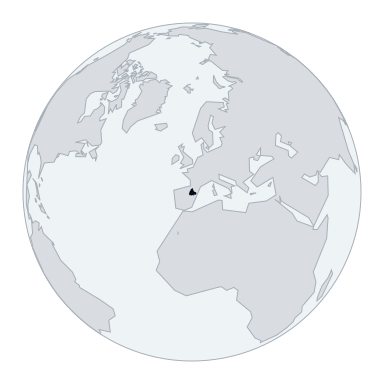 Zaragoza on an orthographic globe, rotated 352°
{"feature_id": "ESP-5853", "entity_name": "Zaragoza", "entity_type": "Autonomous Community", "adm_level": 1, "iso_a3": "ESP", "parent_name": "Spain", "parent_adm1": "", "projection": "orthographic", "projection_center": [-1.121, 41.843], "detail": "fine", "context": "on_globe", "style": "filled", "palette": "ink", "viewbox_px": 384, "rotation_deg": 352, "n_neighbors": 0, "source": "natural_earth", "source_scale": "10m", "svg_char_len": 11222}
<svg xmlns="http://www.w3.org/2000/svg" viewBox="0 0 384 384"><g transform="rotate(352 192 192)"><circle cx="192" cy="192" r="169" fill="#eef3f6" stroke="#a8b0b8"/><path d="M45.1,275.6L43.5,272.5L40.1,265.8L34.2,252.3L26.5,224.7L26.5,220.0L25.7,214.3L28.4,210.7L29.1,198.8L28.5,194.8L27.0,196.0L26.3,180.9L27.9,170.0L35.3,129.5L38.1,122.8L41.5,116.5L60.5,87.2L44.6,109.9L48.8,102.5L55.3,93.0L64.9,81.7L71.0,74.8L84.3,63.4L98.1,56.6L93.9,59.7L97.7,58.1L103.3,54.3L106.0,52.3L126.7,44.6L146.0,36.6L149.5,33.6L150.8,34.9L155.6,29.5L164.3,26.7L156.0,30.3L156.4,31.1L163.2,29.1L165.0,29.6L169.4,29.0L171.0,29.9L166.0,32.4L167.0,33.1L171.7,31.7L176.3,32.1L169.2,33.9L176.5,34.7L169.6,40.0L149.3,45.7L146.9,50.7L130.1,62.6L133.2,62.7L128.8,67.9L130.7,70.1L127.0,72.1L131.7,72.2L134.7,70.1L137.8,69.5L139.2,70.7L134.7,73.3L133.4,73.1L132.8,74.5L130.0,75.3L132.2,75.6L126.7,78.8L134.2,77.6L131.4,81.8L127.2,83.5L125.1,80.7L109.9,79.0L105.0,80.6L100.2,85.1L96.6,98.6L92.2,101.6L88.2,107.6L91.7,106.9L96.2,102.1L101.8,102.6L106.6,97.1L109.6,96.6L115.5,92.3L117.4,95.9L115.9,101.9L111.1,105.8L110.4,108.7L117.2,107.5L110.3,117.8L109.6,130.1L107.5,132.7L99.5,132.5L93.8,125.4L83.4,126.6L92.9,129.0L87.6,136.1L87.8,138.7L89.7,140.4L92.8,139.1L91.6,142.3L81.7,140.8L82.7,137.8L85.8,138.2L83.1,135.1L76.4,134.8L74.2,138.8L66.4,135.3L64.8,138.2L62.1,139.4L65.3,134.8L59.5,143.2L49.9,142.7L41.8,157.4L46.8,141.8L46.8,136.3L46.0,131.4L44.5,133.6L45.4,125.0L42.9,123.2L36.9,131.7L32.6,142.5L32.1,150.7L34.3,148.4L35.2,153.2L29.6,161.7L30.5,173.4L27.6,181.8L27.1,189.6L28.8,193.2L30.1,200.6L32.8,198.7L36.3,201.4L34.7,209.2L38.0,205.3L39.0,212.1L47.1,222.7L46.1,223.6L52.6,241.5L62.5,254.7L64.8,262.3L63.4,264.6L67.4,268.7L67.5,270.9L86.1,286.0L97.7,296.9L98.7,304.0L91.7,307.5L91.6,319.3L80.8,315.3L82.2,318.9L81.1,319.5L70.8,309.7L61.3,299.0L52.7,287.6L45.1,275.6ZM39.2,161.5L40.4,179.2L37.4,173.8L38.4,173.7L38.6,168.2L38.1,160.4L36.1,156.3L39.2,161.5ZM45.0,158.9L44.5,156.4L45.3,158.3L45.0,158.9ZM106.9,51.4L103.2,54.2L97.5,57.7L100.4,55.2L106.9,51.4ZM118.1,45.8L116.8,47.0L112.7,48.1L114.7,47.0L118.1,45.8ZM151.5,31.6L148.1,32.9L150.8,31.5L151.5,31.6ZM169.7,28.8L170.1,28.4L172.2,28.4L169.7,28.8ZM114.1,90.7L114.8,91.5L113.3,91.9L114.1,90.7ZM116.0,88.2L113.9,88.1L114.5,86.9L115.8,87.0L116.0,88.2ZM176.6,29.7L179.8,30.0L175.7,30.1L176.6,29.7ZM118.6,88.7L115.8,84.8L116.9,82.7L122.9,81.5L118.6,88.7ZM181.2,30.4L189.1,31.3L190.6,30.3L190.8,34.1L184.0,31.8L178.6,32.0L181.5,31.2L181.2,30.4ZM135.0,68.9L131.9,71.2L133.2,68.2L135.0,68.9ZM135.1,67.1L134.8,59.3L140.1,56.7L139.1,59.7L144.9,55.7L147.7,58.2L145.1,61.0L141.2,62.1L145.2,62.3L135.1,67.1ZM189.7,36.2L190.8,36.9L188.6,36.7L189.7,36.2ZM139.1,69.1L138.5,67.6L143.1,65.2L145.0,67.7L142.9,67.7L139.1,69.1ZM145.1,53.5L148.8,52.4L152.1,54.0L154.0,53.9L148.2,58.1L145.1,53.5ZM142.6,68.8L145.9,69.1L145.0,71.4L139.9,70.4L142.6,68.8ZM143.5,63.6L145.7,62.6L145.1,63.9L143.5,63.6ZM143.8,80.3L143.0,78.3L145.3,76.8L143.8,80.3ZM147.2,69.1L147.5,68.3L148.3,67.5L150.2,68.2L147.2,69.1ZM150.9,59.1L151.5,60.1L153.5,57.4L156.0,58.8L151.7,61.4L154.6,60.9L155.4,61.3L151.0,63.0L150.9,59.1ZM154.6,66.8L150.0,71.0L150.9,74.8L148.9,76.2L147.8,69.8L154.6,66.8ZM152.9,64.4L153.5,66.2L150.7,66.8L148.5,66.0L152.9,64.4ZM159.3,58.8L156.5,56.0L157.5,55.6L159.3,58.8ZM155.5,67.8L156.5,66.8L155.9,68.0L155.5,67.8ZM158.7,61.4L157.6,60.4L158.8,59.9L158.7,61.4ZM159.7,65.7L158.2,66.9L156.6,66.4L159.7,65.7ZM159.7,63.6L161.6,63.1L157.0,65.4L159.0,63.2L159.7,63.6ZM160.0,61.0L160.4,60.4L160.3,61.5L160.0,61.0ZM166.3,67.2L160.9,70.2L157.5,68.9L163.3,66.1L166.3,67.2ZM301.8,63.6L302.5,64.1L298.5,61.0L299.8,62.4L296.8,60.2L303.3,66.2L299.3,63.4L306.3,69.9L308.1,70.7L303.9,66.1L311.7,73.4L312.5,73.6L313.1,74.1L323.0,85.3L331.9,97.2L339.7,109.9L339.8,110.2L344.1,118.4L344.6,119.4L353.1,141.2L353.2,141.5L354.3,145.1L355.6,149.6L355.1,148.1L352.0,139.8L353.7,147.2L351.8,142.5L347.6,138.7L349.1,149.4L352.7,173.6L356.2,186.8L356.1,196.5L348.6,186.0L343.1,175.5L341.8,180.4L333.0,176.9L321.8,190.4L319.0,188.3L317.1,192.5L310.7,193.6L305.9,189.8L302.6,193.0L315.1,202.8L318.5,199.4L319.6,190.3L322.6,194.8L328.6,194.9L326.4,214.3L307.8,242.8L303.9,233.6L279.1,213.5L278.7,209.7L278.5,209.3L278.1,208.7L277.9,215.3L273.0,210.8L288.4,227.2L291.9,235.3L307.5,243.6L306.6,246.0L311.0,246.6L322.6,233.3L323.1,236.7L318.9,256.7L301.0,287.9L302.2,298.3L298.9,308.4L285.2,320.5L283.9,326.0L276.4,331.1L274.3,334.4L266.9,339.6L255.4,345.7L238.7,350.6L239.6,348.6L234.3,345.6L227.8,333.4L234.1,324.9L233.4,318.7L221.1,305.4L223.9,295.8L220.1,292.3L212.6,294.2L207.9,289.8L203.2,290.1L171.9,294.0L161.2,287.0L145.6,264.5L150.4,256.3L149.2,245.7L180.5,209.6L189.5,211.6L216.8,203.7L220.6,204.5L219.9,213.8L242.4,219.9L246.7,211.1L264.6,211.2L274.9,206.5L274.1,188.8L257.2,196.1L251.8,189.3L263.3,176.6L277.7,170.6L276.1,167.8L264.9,165.3L266.1,157.9L260.8,164.0L264.5,166.0L261.3,170.0L257.7,168.5L258.2,165.8L253.3,166.4L251.9,179.6L255.6,183.0L243.9,189.4L248.9,195.9L246.5,200.4L237.2,191.2L236.5,187.0L221.1,178.1L220.8,183.1L235.3,191.9L231.7,191.9L231.4,199.4L228.8,193.7L213.0,183.3L201.1,188.1L189.6,207.2L181.8,209.1L173.7,205.8L174.2,187.7L191.4,185.6L191.9,179.7L185.2,171.7L191.0,172.0L190.5,168.7L196.6,167.6L202.3,158.7L208.1,156.9L207.4,146.6L210.3,144.5L209.9,151.1L212.7,154.9L226.9,150.9L228.7,148.1L227.1,141.9L231.2,141.9L227.8,136.4L234.5,131.6L223.5,133.2L221.4,126.6L223.7,120.3L221.1,118.5L217.1,128.9L217.4,132.9L220.7,135.8L219.5,147.6L215.3,150.6L209.1,139.7L202.4,142.9L200.5,133.6L212.2,110.3L218.7,104.6L235.5,107.8L235.7,112.4L229.8,113.4L238.0,118.1L236.0,115.0L239.4,115.1L238.2,109.4L240.5,109.2L235.3,104.2L238.1,103.4L241.3,106.6L241.8,98.0L246.7,95.3L245.7,93.4L243.2,92.3L251.1,89.9L250.0,88.6L247.0,88.9L242.9,86.8L238.6,82.3L241.6,81.7L243.5,83.2L252.0,85.8L256.7,90.4L257.5,89.8L254.1,85.7L243.7,82.4L240.3,79.9L245.3,80.8L243.2,80.2L242.5,78.8L244.5,77.0L239.1,75.8L226.7,62.6L229.4,58.2L235.1,60.1L229.6,51.6L233.1,48.1L230.3,48.3L225.8,44.8L224.6,45.8L223.0,45.7L210.8,38.3L210.3,36.5L201.9,34.3L200.5,34.5L200.4,35.7L190.8,34.1L190.6,30.3L193.9,30.0L191.5,28.2L199.3,27.9L204.6,27.2L214.4,28.6L217.8,28.2L216.5,27.6L220.0,26.9L232.0,28.5L228.1,29.8L211.4,30.0L218.7,29.9L218.8,30.9L222.5,31.5L227.5,31.7L227.0,31.1L243.9,37.6L259.5,42.2L254.2,38.7L255.0,37.7L268.0,41.9L293.4,57.4L294.8,57.9L296.3,59.0L301.8,63.6ZM172.5,229.2L172.4,232.5L172.5,229.2ZM295.1,172.3L302.3,167.3L295.4,159.7L297.6,157.3L294.5,155.7L294.9,159.2L286.6,154.4L288.4,149.0L285.7,145.3L283.1,146.8L281.1,157.5L292.9,164.2L292.8,169.6L295.1,172.3ZM47.4,222.9L48.2,225.7L46.8,224.0L47.4,222.9ZM35.8,176.0L36.6,178.5L36.6,181.0L35.8,179.5L35.8,176.0ZM45.7,195.5L47.2,198.8L45.1,196.7L45.7,195.5ZM40.9,181.7L44.4,193.2L40.4,190.2L38.4,183.1L40.5,186.1L40.9,181.7ZM42.1,162.2L42.4,164.2L41.5,165.2L42.1,162.2ZM45.5,160.2L45.2,159.8L45.6,157.9L45.5,160.2ZM88.1,136.1L88.9,136.4L90.3,138.6L88.5,138.6L88.1,136.1ZM103.0,143.0L100.7,148.1L101.1,144.3L98.2,145.1L95.6,138.3L106.4,133.7L102.0,136.9L103.0,143.0ZM95.1,128.5L95.6,133.0L94.6,128.3L95.1,128.5ZM181.1,152.8L184.2,154.6L183.3,158.6L175.9,161.9L177.2,156.0L181.1,152.8ZM188.8,156.4L184.7,145.3L189.1,143.2L187.3,146.2L190.7,145.9L188.7,150.7L197.0,160.0L196.7,164.2L183.2,167.3L187.8,163.8L184.5,162.0L188.8,156.4ZM166.2,124.1L164.5,120.1L176.4,120.4L176.6,124.1L169.3,127.3L164.6,124.9L166.2,124.1ZM129.7,87.6L128.2,86.8L129.5,85.9L131.7,86.0L129.7,87.6ZM143.2,79.5L137.2,90.7L135.3,90.2L134.1,97.9L128.5,99.7L129.4,94.6L124.2,101.9L122.9,98.1L119.9,103.3L122.6,91.7L121.2,88.8L124.9,91.3L130.1,89.7L131.9,88.1L136.0,81.7L135.4,75.0L140.5,72.7L144.2,72.8L145.1,74.0L141.5,75.1L145.3,76.0L140.8,78.5L143.2,79.5ZM184.8,80.6L180.3,80.4L187.1,84.3L182.7,86.2L183.7,86.5L181.5,89.4L180.7,93.6L178.3,93.9L179.0,95.5L177.5,97.5L177.7,99.8L173.5,101.4L173.3,104.3L171.4,103.4L172.3,108.2L169.8,105.4L167.6,108.0L171.2,109.3L148.1,114.0L140.4,118.8L135.4,124.5L131.7,119.4L134.1,111.1L139.8,102.4L147.7,98.8L144.6,97.3L147.5,95.3L148.8,97.3L148.6,93.0L151.3,91.9L156.4,85.3L154.4,80.3L156.2,77.9L158.4,79.3L158.7,76.0L163.9,77.2L165.3,75.6L171.9,75.4L175.2,79.3L176.5,77.3L181.6,77.2L184.8,80.6ZM168.2,67.3L173.1,71.2L173.1,74.2L161.7,73.4L159.6,74.7L152.3,74.7L152.5,70.4L154.6,70.7L156.6,70.1L155.8,71.7L158.0,70.0L160.9,70.5L163.5,69.3L164.4,70.9L168.2,67.3ZM223.5,200.4L226.1,200.3L230.0,198.9L229.9,203.8L223.5,200.4ZM212.6,193.5L214.8,192.5L216.5,198.3L213.7,198.7L212.6,193.5ZM214.5,187.2L214.8,192.0L213.0,189.6L214.5,187.2ZM211.8,149.9L214.0,148.6L214.8,150.0L214.3,152.4L211.8,149.9ZM204.1,93.9L201.5,93.0L201.8,92.0L198.1,88.0L201.1,86.5L204.5,88.4L204.1,93.9ZM272.1,193.0L270.0,197.4L268.0,196.6L269.2,195.2L272.1,193.0ZM249.6,201.6L255.4,201.8L249.5,202.9L249.6,201.6ZM206.7,91.6L204.8,90.0L207.5,90.3L206.7,91.6ZM203.1,85.3L205.9,85.1L201.0,85.9L203.1,85.3ZM319.8,292.6L306.2,313.2L300.6,317.2L301.5,313.9L307.8,302.9L315.1,295.5L319.2,288.6L319.8,292.6ZM356.6,187.4L358.5,191.9L358.2,195.5L356.6,187.4ZM229.6,79.2L231.4,86.2L234.7,90.9L239.6,92.5L233.4,93.4L228.4,86.3L229.6,79.2ZM226.8,64.6L222.4,63.5L223.7,62.3L224.9,62.4L226.8,64.6ZM224.5,65.2L220.3,67.2L217.5,65.5L221.4,64.2L224.5,65.2ZM213.7,78.8L214.0,80.9L211.9,80.6L213.7,78.8ZM265.6,39.9L267.2,40.7L271.4,42.9L263.1,39.0L258.7,36.8L259.6,37.2L262.7,38.5L265.6,39.9ZM259.8,37.6L261.6,38.6L253.0,37.4L250.2,36.7L254.4,35.9L256.3,36.9L259.1,37.7L259.8,37.6ZM192.1,36.4L191.0,36.9L190.9,36.1L192.1,36.4ZM222.4,46.3L220.2,46.0L220.2,44.9L222.4,46.3ZM213.8,44.6L215.4,46.1L212.5,44.8L213.8,44.6ZM219.1,49.4L215.4,46.8L220.7,48.9L219.1,49.4Z" fill="#d9dde1" stroke="#a8b0b8" stroke-width="1"/><path d="M192.1,189.6L192.3,189.5L192.3,189.4L192.5,189.3L192.5,189.5L192.4,189.6L192.5,189.7L192.5,190.1L192.5,190.3L192.4,190.7L192.4,190.8L192.5,190.8L192.5,190.7L192.8,190.5L192.7,190.4L192.8,190.4L192.8,190.5L192.8,190.8L192.8,191.2L192.8,191.3L192.7,191.4L192.6,191.5L192.8,191.7L193.0,191.7L193.1,191.9L193.3,192.0L193.4,192.3L193.6,192.5L193.8,192.6L193.9,192.8L194.0,192.7L194.1,192.8L194.2,193.0L194.3,193.4L194.5,193.4L194.8,193.3L195.0,193.3L195.0,193.2L195.2,193.3L195.3,193.4L195.3,193.5L195.3,193.8L195.2,193.8L195.2,194.0L194.9,194.1L195.0,194.2L195.0,194.3L194.9,194.3L194.8,194.2L194.7,194.2L194.6,194.3L194.5,194.1L194.4,194.1L193.9,193.8L193.8,193.7L193.7,193.8L193.6,193.7L193.4,193.5L193.4,193.4L193.2,193.5L193.3,193.7L193.4,193.8L193.2,193.5L193.1,193.8L192.9,194.2L192.7,194.2L192.4,194.2L192.4,194.3L192.3,194.2L192.1,194.0L191.9,194.1L191.7,194.1L191.7,194.3L191.4,194.3L191.2,194.4L191.3,194.5L191.2,194.6L190.9,194.6L190.6,194.4L190.5,194.2L190.4,194.2L190.2,194.1L189.9,194.0L189.8,193.9L189.7,193.9L189.7,193.7L189.7,193.4L189.8,193.4L189.8,193.2L190.0,193.2L190.0,193.3L190.2,193.1L190.1,192.9L190.1,192.7L190.3,192.6L190.5,192.5L190.5,192.4L190.5,192.2L190.4,192.2L190.5,192.1L190.4,191.9L190.4,191.7L190.5,191.5L190.8,191.7L191.0,191.7L191.0,191.8L191.3,191.8L191.4,191.7L191.5,191.6L191.6,191.4L191.4,191.2L191.4,190.9L191.4,190.7L191.5,190.6L191.5,190.4L191.6,190.2L191.7,189.9L191.8,189.9L191.9,189.7L192.1,189.6L192.1,189.6ZM192.1,190.3L192.1,190.2L192.1,190.3ZM191.8,190.3L191.9,190.2L191.9,190.3L191.8,190.3Z" fill="#0f172a" stroke="#020617" stroke-width="1.5"/></g></svg>